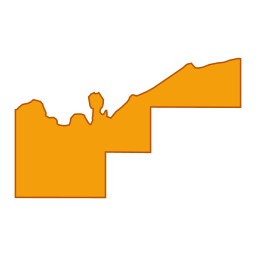 Alger, Michigan, United States of America (Mercator projection)
{"feature_id": "52423323B20180177095300", "entity_name": "Alger", "entity_type": "district", "adm_level": 2, "iso_a3": "USA", "parent_name": "United States of America", "parent_adm1": "Michigan", "projection": "mercator", "projection_center": [-86.632, 46.425], "detail": "fine", "context": "isolated", "style": "filled", "palette": "amber", "viewbox_px": 256, "rotation_deg": 0, "n_neighbors": 0, "source": "geoboundaries", "source_scale": "gbopen_adm2", "svg_char_len": 1203}
<svg xmlns="http://www.w3.org/2000/svg" viewBox="0 0 256 256"><path d="M15.4,109.8L15.4,197.4L105.5,197.5L105.5,152.0L150.6,152.4L150.6,107.0L240.6,107.3L240.6,58.7L238.2,58.5L229.9,60.2L224.6,62.2L217.2,63.1L209.6,64.6L202.9,67.2L198.3,68.1L196.1,67.9L194.7,67.4L191.4,63.3L187.2,64.2L182.4,68.2L153.3,88.1L146.0,92.0L137.6,95.7L136.3,95.9L133.5,94.9L131.8,95.1L129.6,97.4L129.2,99.1L127.2,102.0L121.8,107.1L115.9,111.8L110.8,118.1L106.7,116.3L107.1,114.1L106.6,110.4L106.1,110.3L105.1,111.3L104.6,112.7L103.4,114.4L101.7,114.2L100.0,112.2L100.1,110.6L100.9,108.4L102.1,107.3L102.5,106.2L103.1,103.8L103.4,99.7L98.8,92.7L98.2,93.2L95.6,93.8L94.7,93.6L94.2,92.6L91.1,94.1L88.6,97.0L90.0,105.5L91.0,107.7L93.2,109.0L92.8,115.9L92.3,118.2L92.8,120.3L90.7,124.6L89.7,124.4L88.4,122.9L84.8,116.9L84.7,115.9L83.9,115.0L81.3,114.0L78.0,114.0L74.5,114.3L71.7,117.2L70.7,118.8L70.4,121.7L69.4,124.8L65.6,125.7L63.3,125.7L58.8,124.9L57.2,123.8L57.2,121.3L56.3,119.4L53.7,117.4L49.3,117.8L45.9,115.8L45.4,114.7L46.0,114.0L45.9,112.6L43.0,106.0L42.7,104.2L40.5,101.6L34.8,100.0L33.3,99.8L31.0,101.8L28.1,103.3L22.4,104.5L18.6,107.6L17.0,109.5L15.4,109.8Z" fill="#f59e0b" stroke="#b45309" stroke-width="1.5"/></svg>